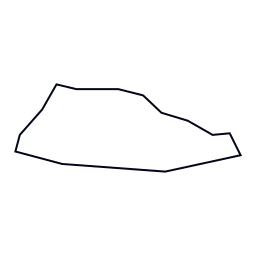 Sannat, Robinson projection
{"feature_id": "MLT-5985", "entity_name": "Sannat", "entity_type": "state/province", "adm_level": 1, "iso_a3": "MLT", "parent_name": "Malta", "parent_adm1": "", "projection": "robinson", "projection_center": [14.254, 36.02], "detail": "fine", "context": "isolated", "style": "outline", "palette": "ink", "viewbox_px": 256, "rotation_deg": 0, "n_neighbors": 0, "source": "natural_earth", "source_scale": "10m", "svg_char_len": 297}
<svg xmlns="http://www.w3.org/2000/svg" viewBox="0 0 256 256"><path d="M240.6,155.2L165.2,171.6L62.3,164.0L15.4,151.5L19.8,134.9L42.1,109.6L56.5,84.4L76.2,89.1L118.2,89.1L143.1,95.4L161.5,112.8L187.7,120.7L212.6,134.9L229.7,133.3L240.6,155.2Z" fill="none" stroke="#020617" stroke-width="2"/></svg>